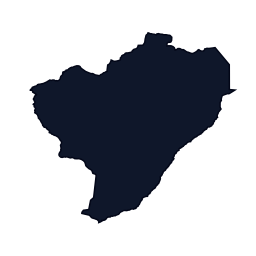 Dormaa East, Brong Ahafo, Ghana, rotated 97°
{"feature_id": "2480657B16380673722667", "entity_name": "Dormaa East", "entity_type": "district", "adm_level": 2, "iso_a3": "GHA", "parent_name": "Ghana", "parent_adm1": "Brong Ahafo", "projection": "equal_earth", "projection_center": [-2.665, 7.264], "detail": "fine", "context": "isolated", "style": "filled", "palette": "ink", "viewbox_px": 256, "rotation_deg": 97, "n_neighbors": 0, "source": "geoboundaries", "source_scale": "gbopen_adm2", "svg_char_len": 5800}
<svg xmlns="http://www.w3.org/2000/svg" viewBox="0 0 256 256"><g transform="rotate(97 128 128)"><path d="M225.4,145.5L224.5,143.8L223.9,143.1L223.1,143.0L223.2,142.3L222.9,142.3L222.9,141.9L222.4,140.5L222.1,140.4L222.2,140.0L221.8,139.4L221.3,138.9L219.6,138.0L219.3,137.6L218.9,137.3L218.4,134.6L218.0,134.3L217.6,134.3L217.4,133.8L217.5,132.8L216.8,131.2L216.6,129.9L215.4,128.4L215.4,128.0L214.9,127.1L214.0,126.2L213.1,126.0L212.5,125.3L212.1,125.2L211.8,124.1L210.9,123.1L210.3,121.8L210.1,119.0L209.6,118.1L209.2,116.4L208.1,115.2L207.7,113.5L207.9,112.7L207.5,112.0L207.1,112.0L207.1,110.9L206.9,110.6L206.6,110.6L206.4,110.2L206.0,110.2L205.5,109.8L204.5,108.9L204.3,108.4L203.2,108.3L202.8,107.7L201.6,107.2L200.4,107.1L200.2,106.8L198.9,106.3L197.7,105.4L196.8,105.2L196.0,105.6L194.3,103.2L193.5,101.2L193.5,100.5L193.4,100.3L191.3,99.9L191.1,99.4L190.9,99.3L190.5,98.5L189.8,98.3L189.5,97.9L188.9,98.0L187.7,97.3L186.6,96.2L186.2,96.2L184.3,93.9L181.6,92.8L180.8,91.8L179.8,91.6L179.4,90.9L175.4,89.8L174.2,89.7L172.7,90.1L171.7,89.5L171.4,89.1L171.1,89.1L170.4,88.5L170.0,88.4L169.3,88.6L168.7,88.3L168.4,87.8L167.0,87.7L165.3,85.8L163.1,84.9L162.5,83.9L161.7,83.9L161.3,83.3L160.8,83.3L160.5,82.8L160.0,82.9L159.7,82.5L158.1,81.6L157.8,81.7L157.2,80.7L156.6,80.7L156.0,80.3L154.8,80.4L154.3,79.4L152.9,78.7L151.9,79.9L151.7,79.4L150.2,78.8L148.3,78.7L148.0,78.4L147.7,77.7L147.2,77.5L147.1,77.2L145.0,76.5L143.9,74.7L142.8,74.9L141.7,74.1L141.6,73.5L141.3,73.4L141.2,73.1L140.9,73.0L140.7,72.3L139.9,71.9L139.4,70.9L139.0,70.8L137.4,69.5L136.8,68.4L135.0,67.3L134.0,65.3L134.1,64.8L133.8,64.1L133.2,64.1L132.5,63.6L132.0,63.7L131.8,63.1L131.3,62.8L130.9,62.2L130.3,62.1L129.5,60.8L128.9,60.6L128.7,59.7L127.8,58.5L127.4,58.4L126.5,57.4L126.1,56.6L125.8,56.5L125.3,55.7L125.1,55.0L124.4,54.9L124.2,54.5L123.8,54.5L123.5,53.7L122.5,53.1L121.9,53.1L121.7,52.5L121.1,52.2L120.8,51.6L120.1,51.1L119.6,50.0L117.6,49.2L117.2,48.7L117.0,47.3L115.6,45.3L114.2,44.7L113.7,44.1L111.6,43.7L110.8,43.1L109.4,43.0L109.0,42.6L108.6,41.7L107.0,41.2L106.7,40.5L106.6,40.4L105.5,40.9L104.3,41.0L103.3,40.7L102.8,40.4L101.5,40.3L97.8,38.0L97.2,38.5L95.9,39.2L91.5,39.7L89.1,38.7L88.3,39.0L87.0,38.9L85.5,38.7L84.4,38.4L83.7,37.4L81.8,33.6L81.7,32.2L81.5,31.7L77.3,26.5L77.5,32.1L52.8,35.2L37.6,51.4L38.2,53.4L39.2,57.4L39.3,59.4L40.0,60.7L40.2,61.5L41.1,61.6L41.7,61.9L42.0,62.1L42.6,63.1L42.7,64.7L42.3,66.1L41.6,67.2L42.1,68.1L43.0,68.6L44.5,70.2L45.9,72.3L46.2,73.1L46.2,74.6L45.5,77.2L45.3,79.0L43.6,82.2L43.5,82.8L43.7,84.1L42.9,86.1L42.9,86.8L43.1,88.2L44.1,89.2L44.9,90.7L42.7,91.8L41.7,93.3L41.2,95.2L41.4,97.4L41.8,99.4L39.6,99.6L38.8,99.4L38.1,98.6L37.8,96.9L37.4,96.0L35.8,95.4L32.6,95.6L32.4,95.7L32.2,96.3L31.7,96.6L31.0,97.6L30.9,98.1L31.0,99.4L30.8,101.0L30.9,101.3L30.8,101.8L31.0,102.9L31.1,104.3L30.8,104.9L30.9,107.8L30.6,109.1L31.1,110.8L31.8,110.8L32.2,111.5L31.8,112.8L31.8,115.1L31.6,116.4L31.8,117.2L31.3,118.5L31.1,119.7L32.4,120.1L33.7,121.3L37.6,121.8L40.9,121.8L42.2,122.3L44.1,123.4L44.7,127.9L46.4,128.2L47.6,128.7L48.7,130.2L49.0,131.3L49.6,132.2L50.5,132.7L51.0,133.2L52.2,133.5L53.5,137.2L53.6,138.1L53.8,139.1L54.4,140.0L55.0,140.1L55.7,140.7L56.1,141.7L57.0,142.9L58.8,143.5L59.4,144.1L61.3,143.9L62.3,145.6L63.2,148.2L63.5,150.0L63.4,150.6L62.6,152.8L62.7,153.1L63.2,152.9L65.8,153.8L67.3,154.8L67.9,155.8L73.6,155.8L74.2,155.5L74.5,155.8L74.8,156.7L75.7,157.7L76.2,159.0L77.6,160.2L78.2,161.4L79.6,162.7L79.3,167.1L78.4,169.3L78.3,170.0L78.5,170.9L78.4,172.1L77.1,176.9L74.9,181.0L73.8,182.5L73.1,182.9L72.6,183.6L72.4,184.6L72.5,186.4L73.6,188.9L74.5,190.2L74.6,191.3L75.4,192.7L76.5,194.0L77.4,194.6L78.0,195.4L78.0,196.1L78.3,196.6L78.9,196.4L79.3,196.9L79.4,197.6L80.4,198.0L80.1,199.0L80.3,199.3L81.2,199.5L82.1,199.1L82.3,199.5L83.5,199.6L84.8,200.9L86.7,201.3L87.4,201.2L89.1,202.3L89.8,203.7L89.8,204.2L89.7,204.7L90.0,205.4L89.9,206.2L89.5,206.9L89.5,207.2L89.5,208.4L90.1,209.7L90.1,210.6L89.9,211.4L90.9,212.6L91.1,212.7L91.6,213.7L92.0,213.9L94.3,217.7L94.4,218.3L94.7,218.7L94.7,219.2L95.4,221.0L95.4,221.6L95.8,222.6L96.0,222.7L96.1,223.1L96.6,223.2L97.4,224.0L98.0,225.6L98.2,225.8L99.3,227.9L99.8,228.1L100.5,227.8L101.0,228.8L101.5,228.9L101.9,229.5L102.4,229.5L102.3,228.6L102.7,227.4L103.2,227.1L103.4,226.8L104.1,226.8L104.2,226.1L104.5,226.0L104.9,224.8L105.3,224.4L105.3,223.8L105.6,223.5L106.0,223.4L106.2,223.5L106.3,223.1L107.8,224.5L109.0,224.8L109.4,224.7L110.2,225.3L110.9,225.4L111.8,224.6L112.4,224.5L112.8,223.9L113.3,223.5L114.7,223.6L115.1,223.9L115.7,224.8L116.2,224.9L116.6,223.8L118.3,223.7L118.6,223.1L119.9,222.1L121.3,222.6L122.2,222.7L122.8,222.1L123.3,222.0L123.5,222.3L124.2,222.4L124.7,221.2L125.7,219.6L128.1,218.3L129.0,218.2L130.5,216.4L131.6,215.5L132.4,215.1L133.4,214.2L134.7,213.3L135.7,213.0L136.1,212.7L136.5,212.0L137.3,211.5L137.4,211.2L137.5,209.3L137.6,208.9L138.2,208.9L138.6,208.4L139.1,208.0L140.0,206.0L140.4,205.8L140.6,205.4L141.8,205.7L142.2,205.5L142.5,203.9L143.4,202.8L143.6,201.5L144.2,200.4L144.3,199.0L145.1,197.2L145.2,196.7L146.0,195.9L146.4,195.3L148.8,193.4L149.5,192.4L150.1,192.2L152.2,192.3L153.0,192.8L153.6,192.8L154.9,192.3L156.7,191.9L157.7,192.1L158.6,191.8L161.1,193.0L162.4,193.3L163.7,193.0L164.4,192.3L165.1,191.2L165.2,189.8L164.4,187.7L164.5,186.5L164.0,185.3L164.7,181.7L164.5,180.8L164.0,180.1L164.3,178.5L165.0,176.8L164.7,176.0L164.8,175.2L164.4,172.9L164.8,170.5L165.8,168.3L167.0,166.8L169.0,165.8L170.2,165.4L171.0,164.8L173.1,161.8L173.6,160.4L174.4,158.8L177.3,157.3L177.8,154.8L178.9,153.8L201.3,153.6L204.3,156.3L213.7,157.0L215.1,162.2L217.2,163.4L218.4,163.4L219.2,155.9L219.5,155.3L220.9,153.8L221.6,152.7L222.2,149.2L222.5,148.5L222.5,147.9L223.0,146.6L223.5,146.5L223.8,145.8L224.4,145.5L225.4,145.5Z" fill="#0f172a" stroke="#020617" stroke-width="1.5"/></g></svg>